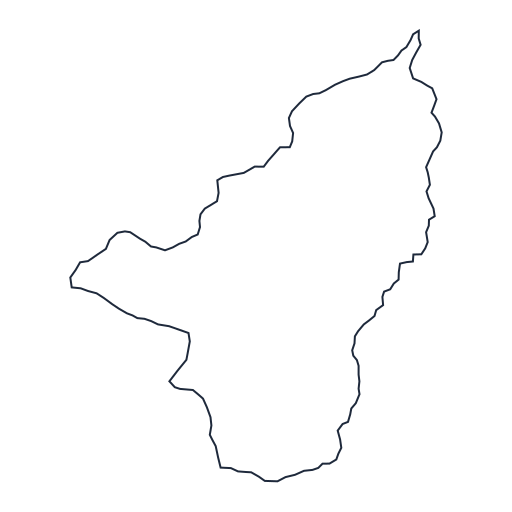 the district of Pedranópolis, São Paulo, Brazil
{"feature_id": "56859067B55609177592280", "entity_name": "Pedranópolis", "entity_type": "district", "adm_level": 2, "iso_a3": "BRA", "parent_name": "Brazil", "parent_adm1": "São Paulo", "projection": "mercator", "projection_center": [-50.105, -20.203], "detail": "fine", "context": "isolated", "style": "outline", "palette": "slate", "viewbox_px": 512, "rotation_deg": 0, "n_neighbors": 0, "source": "geoboundaries", "source_scale": "gbopen_adm2", "svg_char_len": 2212}
<svg xmlns="http://www.w3.org/2000/svg" viewBox="0 0 512 512"><path d="M418.8,30.7L413.1,34.3L410.6,40.0L406.4,47.1L401.5,50.5L398.0,55.4L393.5,60.0L387.9,60.8L382.0,62.3L374.2,70.1L367.0,74.5L358.9,76.6L349.7,78.7L343.2,81.1L335.1,84.7L325.9,90.1L319.3,93.3L313.2,94.0L306.3,96.6L299.3,103.4L292.0,111.2L288.9,118.0L290.0,126.0L293.1,133.0L292.2,141.4L289.8,147.2L280.0,147.3L268.2,160.7L263.7,166.7L254.7,166.6L243.8,172.9L229.3,175.6L222.9,177.0L217.3,180.3L218.6,192.9L217.0,201.2L204.8,208.6L200.5,214.3L199.4,220.9L200.0,227.1L197.7,234.5L191.8,237.0L185.7,241.5L179.2,243.8L172.8,247.4L165.0,250.3L156.2,247.4L151.0,246.5L145.3,241.7L140.0,238.7L130.2,232.2L124.9,231.4L117.4,232.8L109.6,240.0L105.9,248.9L97.8,254.3L88.0,261.1L80.1,262.3L75.7,269.9L70.3,277.5L71.7,287.4L80.7,288.3L88.0,291.0L96.6,293.3L103.7,297.9L112.1,304.1L118.8,308.6L126.9,313.3L132.5,315.4L137.3,318.1L144.5,318.8L151.2,321.1L158.0,324.4L169.1,326.2L188.5,333.0L189.8,341.4L187.6,353.5L186.4,359.8L177.6,370.6L169.4,381.3L174.8,387.2L180.0,388.9L192.9,390.0L198.2,394.4L203.0,398.6L206.9,407.3L210.5,417.2L211.4,425.5L209.8,434.8L212.3,439.8L215.7,446.1L218.1,457.4L220.6,467.6L230.9,468.1L238.0,471.4L245.9,472.0L251.2,472.3L258.9,476.7L264.8,480.9L277.5,481.3L285.5,477.1L295.0,474.8L304.0,470.8L312.5,469.9L318.3,467.9L322.5,463.7L329.5,463.6L336.3,459.5L338.4,453.6L341.3,447.8L340.1,439.5L337.7,430.6L342.6,424.0L348.0,421.9L350.2,414.4L351.3,408.5L355.8,403.2L359.5,394.2L358.6,388.7L359.4,381.4L358.6,374.6L358.6,365.8L356.9,360.1L353.3,355.7L352.2,350.3L354.5,343.4L354.9,336.3L358.1,331.2L363.8,324.4L369.0,320.5L374.5,316.0L376.2,310.1L383.1,305.1L382.4,296.9L384.1,291.6L390.2,289.3L393.8,283.5L398.6,279.6L398.8,272.2L400.0,263.6L406.7,262.1L412.9,261.5L413.4,254.5L421.3,254.3L425.2,248.4L427.7,242.1L426.1,232.2L428.8,225.7L429.0,219.7L434.7,216.2L433.5,208.6L428.6,198.2L426.5,191.4L429.9,184.8L428.8,177.6L427.7,172.3L426.1,167.2L428.5,161.8L433.1,151.4L436.9,147.3L440.3,140.7L441.7,132.4L439.0,123.4L435.0,116.6L431.5,112.7L434.2,105.6L436.5,99.2L432.2,88.3L427.2,85.6L421.3,81.9L413.1,78.4L409.7,68.0L412.2,60.0L416.2,52.5L420.6,44.8L418.7,38.5L418.8,30.7Z" fill="none" stroke="#1e293b" stroke-width="2"/></svg>